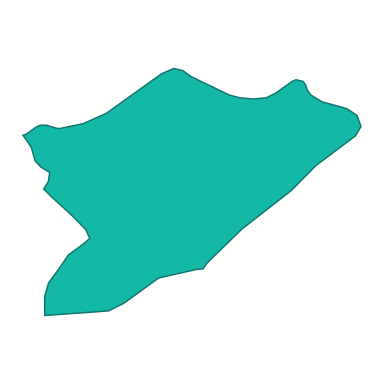 map outline of Lautém (Mercator projection)
{"feature_id": "TLS-553", "entity_name": "Lautém", "entity_type": "District", "adm_level": 1, "iso_a3": "TLS", "parent_name": "East Timor", "parent_adm1": "", "projection": "mercator", "projection_center": [126.937, -8.535], "detail": "fine", "context": "isolated", "style": "filled", "palette": "teal", "viewbox_px": 384, "rotation_deg": 0, "n_neighbors": 0, "source": "natural_earth", "source_scale": "10m", "svg_char_len": 763}
<svg xmlns="http://www.w3.org/2000/svg" viewBox="0 0 384 384"><path d="M23.0,135.2L25.7,134.5L36.0,127.2L40.4,125.2L46.3,125.2L55.5,128.0L59.4,128.6L83.1,123.7L106.3,113.3L161.7,73.7L173.8,68.5L182.9,70.6L191.2,76.7L229.2,95.0L239.7,97.8L253.0,99.0L266.2,97.8L275.7,93.1L292.3,81.3L296.0,79.8L303.0,81.4L305.7,84.9L307.1,89.7L310.8,95.0L322.2,101.9L346.7,108.6L357.0,115.5L361.0,126.5L355.5,135.8L316.0,165.5L291.3,190.5L241.7,229.2L206.8,263.3L203.1,268.9L196.6,269.4L158.8,277.9L123.9,303.2L108.5,310.9L44.8,315.5L44.7,296.5L48.6,282.9L50.5,280.3L57.2,271.2L68.5,254.9L83.1,244.1L89.8,238.5L85.8,229.6L70.8,214.4L51.8,197.1L43.7,189.0L48.3,181.7L49.7,172.4L41.1,167.2L35.2,161.0L31.3,147.3L23.0,135.2Z" fill="#14b8a6" stroke="#0f766e" stroke-width="1.5"/></svg>